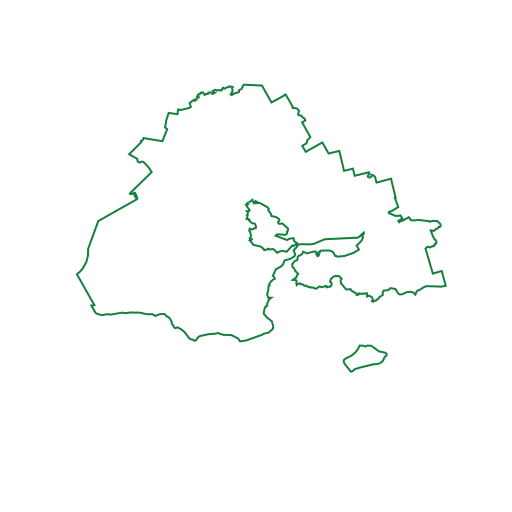 outline of Porirua City, Wellington, New Zealand, rotated 226°
{"feature_id": "76426892B55441287291699", "entity_name": "Porirua City", "entity_type": "district", "adm_level": 2, "iso_a3": "NZL", "parent_name": "New Zealand", "parent_adm1": "Wellington", "projection": "mercator", "projection_center": [174.863, -41.084], "detail": "fine", "context": "isolated", "style": "outline", "palette": "green", "viewbox_px": 512, "rotation_deg": 226, "n_neighbors": 0, "source": "geoboundaries", "source_scale": "gbopen_adm2", "svg_char_len": 6160}
<svg xmlns="http://www.w3.org/2000/svg" viewBox="0 0 512 512"><g transform="rotate(226 256 256)"><path d="M326.9,101.1L325.1,101.4L320.7,103.9L317.3,108.8L315.1,110.4L308.1,120.5L305.6,122.3L302.6,126.4L295.9,133.1L290.0,137.0L286.2,141.0L282.9,141.9L280.8,146.7L277.7,149.9L275.1,149.8L271.9,150.7L267.6,149.9L266.0,148.5L261.0,147.5L260.1,147.9L259.2,150.0L254.5,151.4L251.3,151.8L242.2,150.8L239.8,152.4L237.8,152.8L237.1,154.3L237.8,157.3L237.4,159.9L232.6,167.8L228.7,172.3L227.0,175.1L222.0,177.7L216.3,183.3L209.3,185.8L205.6,185.3L202.2,190.0L195.1,205.7L194.6,207.8L192.1,211.9L191.9,217.6L193.2,219.4L198.0,222.0L204.7,221.1L209.2,221.5L212.2,225.5L213.0,227.8L212.5,228.1L212.5,229.7L213.6,230.5L214.8,232.6L215.4,235.2L215.8,235.3L215.4,237.9L217.4,235.9L220.5,237.2L223.1,241.4L225.7,244.1L225.4,245.4L226.7,246.0L227.3,249.1L227.1,252.0L226.5,253.7L227.7,254.3L230.0,254.3L232.6,261.1L231.0,267.1L231.1,269.5L233.0,273.4L229.9,279.1L229.1,283.6L230.0,285.4L233.9,286.9L234.2,292.1L235.0,292.6L234.5,294.8L232.8,297.1L226.7,303.0L224.7,305.8L220.2,317.2L198.7,341.7L198.1,343.5L198.1,349.8L197.4,349.5L197.4,348.1L197.0,349.0L197.0,346.1L195.2,346.1L194.2,344.1L193.6,341.7L193.6,335.6L189.1,334.5L190.4,328.6L194.4,319.9L198.9,314.1L200.6,313.7L201.0,313.0L204.8,314.1L207.4,313.5L209.6,312.0L214.9,306.2L214.5,305.1L215.2,304.4L213.7,303.2L212.8,301.5L212.9,300.5L213.8,300.1L214.5,301.0L215.4,300.8L215.2,301.6L216.0,302.2L218.0,301.8L219.8,299.6L222.3,294.6L226.4,292.8L225.5,291.2L225.8,288.0L226.6,286.6L226.4,285.5L224.4,282.9L225.5,280.0L224.9,276.4L222.9,274.7L220.4,274.8L218.3,273.9L213.9,274.0L213.7,271.9L212.6,270.3L213.2,265.9L210.7,268.0L209.4,267.6L208.4,266.0L206.8,265.1L206.8,266.6L205.9,268.5L204.7,268.5L203.4,269.8L200.7,270.2L199.9,271.6L198.0,271.7L196.4,273.2L195.5,273.1L194.7,274.4L190.7,276.5L190.0,280.6L187.6,281.8L186.1,285.1L185.3,285.5L186.3,286.0L184.5,285.6L184.5,284.3L184.0,286.1L182.3,288.0L182.7,288.9L182.4,289.9L183.4,291.0L184.5,291.8L185.9,291.3L187.4,293.7L187.4,297.0L186.6,299.2L183.8,301.7L180.2,301.8L179.8,300.0L177.3,298.2L169.3,297.6L166.4,301.0L165.1,300.5L159.4,302.1L158.1,301.3L157.3,302.0L157.6,302.7L157.2,303.2L157.8,303.6L157.5,304.3L155.2,305.6L154.8,307.0L153.5,307.8L152.3,309.9L149.6,307.8L148.8,309.9L145.6,310.8L143.5,309.8L142.9,308.0L141.7,308.4L141.5,310.2L140.6,311.0L140.7,312.8L140.1,313.9L140.7,315.8L139.9,320.1L141.8,321.8L142.4,323.8L139.6,327.3L139.5,330.4L135.4,333.4L130.7,332.3L128.5,332.7L127.0,334.5L125.3,339.3L123.1,342.1L120.8,343.6L117.5,343.8L118.9,346.8L118.9,348.0L117.9,350.4L117.1,354.8L115.8,357.8L105.2,368.1L102.8,371.8L116.2,379.2L120.5,371.0L143.6,383.1L143.5,385.9L141.1,387.3L140.6,389.8L139.7,390.3L139.5,391.7L140.5,392.6L139.8,394.2L140.8,395.6L142.4,396.3L144.2,396.1L147.7,397.1L153.0,399.5L150.5,401.4L150.3,404.5L149.6,405.6L150.0,407.5L149.3,408.0L149.3,409.8L151.2,410.9L155.0,410.7L158.0,408.2L160.2,404.6L160.8,404.7L169.4,397.7L171.4,394.8L174.1,392.3L177.7,392.9L179.9,385.2L180.9,383.9L180.8,382.5L182.4,382.7L181.3,387.3L184.7,388.1L187.7,384.3L194.7,381.3L195.4,382.4L194.2,384.4L192.4,392.4L201.5,396.3L201.0,397.0L217.8,406.8L225.1,393.7L230.2,396.6L232.3,396.6L234.1,395.4L232.9,394.5L233.4,392.2L235.3,391.5L236.3,392.9L236.3,394.8L237.8,395.3L245.2,382.7L251.5,386.4L256.1,378.5L273.7,388.9L279.3,379.4L291.6,382.6L296.4,364.1L303.1,365.8L302.0,370.6L303.6,373.3L303.8,377.7L320.1,382.0L319.2,385.5L320.9,386.4L323.0,385.8L325.7,386.1L326.7,385.0L328.4,384.5L330.9,388.0L333.9,387.9L337.2,385.2L338.2,386.2L351.5,389.5L352.3,388.3L351.9,387.6L355.7,373.8L374.5,378.7L387.8,366.1L386.2,361.4L387.1,359.2L385.8,357.5L387.9,353.6L388.7,350.2L389.8,350.1L389.5,352.0L390.5,352.0L391.0,353.9L393.3,355.3L393.8,356.7L396.7,354.5L396.4,353.9L397.9,351.5L398.0,349.8L400.0,349.1L399.1,347.2L399.8,346.6L399.5,345.6L401.9,343.7L402.0,343.0L403.8,342.3L404.5,340.6L404.2,340.2L404.7,339.3L403.2,339.1L402.1,339.8L402.4,338.1L403.2,337.1L406.0,336.4L406.6,335.0L406.0,334.1L407.3,332.6L407.5,330.9L410.6,331.5L411.8,329.8L411.3,329.7L411.2,328.9L412.4,326.7L411.0,325.7L411.6,324.7L410.0,324.9L410.7,322.7L409.8,321.8L410.6,320.9L410.2,319.8L411.5,319.7L412.1,314.5L408.5,312.7L408.7,311.2L413.3,303.3L415.5,301.8L412.6,298.0L419.6,292.6L416.2,286.1L411.6,279.9L408.9,280.2L403.6,268.4L419.0,257.0L418.2,255.6L418.1,254.3L418.7,253.0L417.6,252.5L417.3,235.4L408.4,238.1L406.1,236.5L403.9,237.3L403.3,239.4L401.8,240.4L394.2,240.3L388.8,239.2L388.7,209.6L388.4,208.6L386.9,209.4L386.1,212.2L385.4,211.6L385.1,212.7L383.5,212.2L383.4,210.4L382.1,210.2L382.5,211.7L380.4,211.1L379.5,210.0L390.7,166.8L377.7,140.1L373.0,135.4L369.6,129.9L367.4,122.9L367.0,118.5L367.3,114.5L332.9,105.6L334.7,103.2L326.9,101.1ZM259.8,265.8L265.6,261.9L271.1,262.4L271.4,262.9L270.7,262.8L270.9,264.1L271.7,263.0L271.8,264.3L273.0,263.8L273.7,266.2L277.2,268.4L279.0,268.7L280.0,270.5L278.4,271.0L277.4,272.4L277.1,274.0L276.2,275.1L276.4,275.7L278.3,277.1L280.4,277.6L282.4,275.9L287.1,275.6L286.2,276.1L286.6,276.6L288.4,275.9L289.1,274.9L290.9,278.1L291.7,277.9L292.3,279.8L293.0,280.3L293.1,279.8L293.3,280.8L294.5,280.6L293.3,282.4L293.4,283.3L298.3,283.9L298.9,284.7L298.8,285.4L299.9,284.7L300.0,287.0L299.3,288.4L299.2,290.9L298.5,291.6L299.6,293.2L297.9,291.6L295.9,291.3L295.9,294.6L295.1,292.5L294.7,293.2L294.6,292.0L291.7,295.5L282.9,298.2L280.8,297.8L280.5,296.6L276.4,296.1L274.0,294.9L269.8,297.6L266.3,298.2L265.3,297.6L265.1,295.5L264.0,294.8L262.9,295.1L261.0,297.6L253.4,298.1L252.1,296.6L252.0,295.3L250.7,294.1L250.6,292.1L256.1,287.1L257.0,285.9L256.9,284.2L245.8,289.5L245.5,291.7L242.7,295.4L240.2,293.8L236.7,294.4L237.0,290.1L238.3,289.5L237.8,280.9L241.3,278.8L243.4,274.9L243.5,273.5L248.9,273.3L251.6,270.0L252.6,270.1L253.9,266.6L254.9,265.9L256.0,266.5L259.8,265.8ZM117.1,244.9L106.8,243.9L105.9,245.9L106.1,247.8L104.4,251.8L96.6,265.2L93.8,268.4L92.7,271.0L92.4,274.4L94.0,278.5L93.9,281.0L94.8,281.9L96.6,281.8L102.0,278.2L111.3,276.6L114.2,273.9L114.8,271.8L117.1,270.7L119.6,268.3L118.3,265.1L117.6,260.3L118.0,255.6L120.1,248.6L120.1,247.0L119.1,245.7L117.1,244.9Z" fill="none" stroke="#15803d" stroke-width="2"/></g></svg>